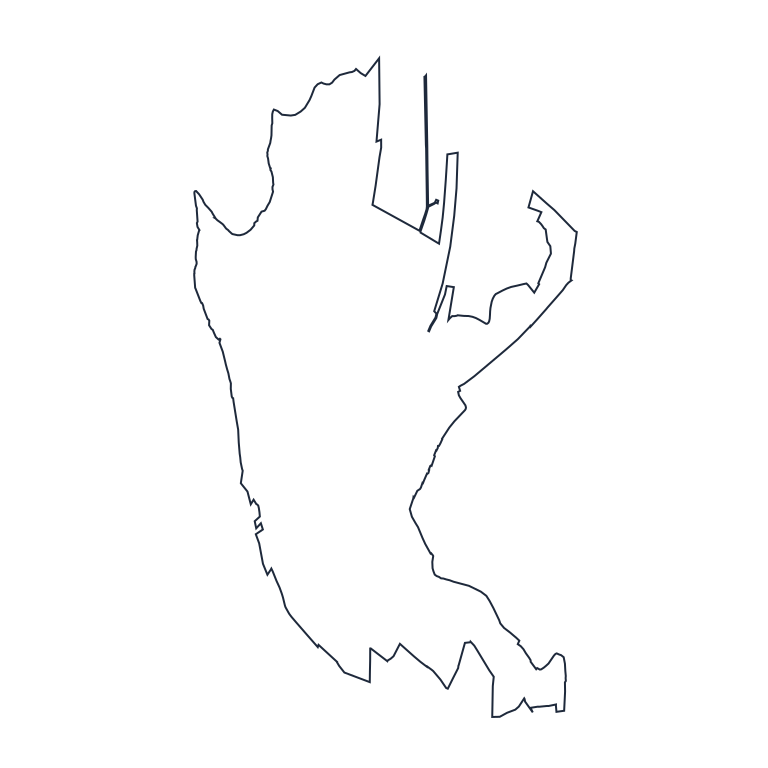 the district of Koknese, Kokneses, Latvia, rotated 94°
{"feature_id": "27541924B15582250394198", "entity_name": "Koknese", "entity_type": "district", "adm_level": 2, "iso_a3": "LVA", "parent_name": "Latvia", "parent_adm1": "Kokneses", "projection": "robinson", "projection_center": [25.431, 56.651], "detail": "fine", "context": "isolated", "style": "outline", "palette": "slate", "viewbox_px": 768, "rotation_deg": 94, "n_neighbors": 0, "source": "geoboundaries", "source_scale": "gbopen_adm2", "svg_char_len": 6134}
<svg xmlns="http://www.w3.org/2000/svg" viewBox="0 0 768 768"><g transform="rotate(94 384 384)"><path d="M635.0,279.7L638.7,275.7L643.4,272.3L662.3,259.0L668.4,254.1L677.7,254.4L708.6,252.8L707.9,245.3L703.4,238.3L699.7,230.3L696.4,227.0L687.8,222.2L688.4,221.8L691.0,221.1L701.2,212.7L696.8,215.2L695.1,207.8L695.2,207.1L693.8,198.8L693.7,197.2L691.7,190.1L692.7,190.1L699.0,189.1L697.4,181.5L678.2,181.9L669.0,182.7L667.5,181.9L664.7,182.3L662.6,182.3L657.6,183.1L650.4,184.0L644.0,185.7L642.1,188.5L641.7,190.2L640.7,192.9L641.3,194.1L643.0,195.5L651.4,200.4L653.9,202.8L655.9,204.9L657.7,207.3L658.0,208.6L656.7,211.4L657.9,212.3L650.9,218.3L649.3,218.5L646.9,220.2L642.7,223.7L638.8,226.4L636.0,229.3L634.2,232.4L630.6,231.1L627.9,234.4L625.5,237.7L623.2,240.8L619.0,247.2L614.7,251.3L611.6,252.6L599.8,259.3L593.1,263.5L588.2,267.1L584.4,272.9L579.4,285.2L576.4,300.8L575.2,304.8L574.6,308.3L573.9,311.2L573.9,313.5L572.6,315.7L571.9,318.1L570.6,320.1L567.4,321.6L564.4,322.7L558.1,323.4L552.2,322.9L551.5,323.3L549.5,325.2L549.9,325.7L540.7,331.7L535.0,334.8L524.4,340.1L520.8,342.7L517.5,344.9L514.5,346.9L507.0,349.6L496.1,346.8L494.7,346.7L495.3,346.1L488.2,343.3L486.2,340.7L484.6,339.9L479.9,338.7L480.2,338.2L477.6,337.4L470.5,334.9L470.7,334.6L469.7,333.5L466.7,332.9L466.5,333.4L461.9,331.9L461.6,332.1L462.3,330.8L452.5,328.2L451.6,329.0L446.5,327.4L446.7,327.0L444.1,325.9L443.6,325.9L442.0,325.8L441.9,324.8L439.3,323.6L435.0,322.0L434.6,322.3L426.7,317.9L422.9,315.8L416.3,311.2L404.3,301.3L403.0,300.7L401.6,300.6L399.6,301.3L392.8,306.7L390.1,308.5L386.7,309.5L385.5,307.6L381.6,309.1L380.3,307.4L378.3,304.1L370.0,294.5L341.1,264.7L329.9,253.6L316.5,242.4L316.1,242.2L316.7,241.9L309.6,236.3L298.0,227.4L296.3,226.2L285.7,218.1L277.9,212.2L272.6,209.1L270.1,207.1L267.6,204.2L267.3,205.0L265.6,205.1L256.7,204.6L238.4,203.6L235.6,203.6L230.7,203.0L218.9,202.3L218.0,204.5L198.6,226.2L192.4,234.5L181.3,248.8L197.8,252.2L200.4,242.8L201.6,239.0L211.0,242.4L211.4,240.8L213.6,238.4L215.5,236.8L217.4,235.4L218.6,233.5L228.2,231.5L230.9,230.9L234.9,227.7L241.4,226.7L242.4,226.6L246.9,228.5L251.7,230.5L256.2,231.4L272.8,237.1L273.6,236.2L282.4,240.5L275.2,247.2L273.8,248.9L274.6,251.8L276.5,257.8L278.3,263.9L280.2,268.2L282.5,272.3L285.5,277.1L286.5,278.8L288.3,280.1L291.2,281.4L294.4,282.3L300.7,283.1L304.1,283.2L307.7,283.1L311.6,283.1L314.2,283.5L315.6,284.1L316.7,285.3L316.8,286.4L313.4,293.2L311.8,296.9L310.8,300.4L310.3,304.3L310.5,309.4L310.3,315.4L310.8,316.1L311.4,318.5L311.5,320.7L313.8,322.9L315.6,324.2L282.5,321.1L281.9,328.3L290.4,329.4L310.4,335.8L314.5,336.4L323.3,341.0L328.3,342.7L327.9,343.5L322.7,341.7L314.0,337.2L310.1,336.6L307.9,339.0L279.7,332.5L242.3,327.5L211.4,325.7L183.8,325.3L148.1,326.6L150.0,334.5L150.5,336.8L161.0,336.7L176.2,336.6L199.0,336.7L207.1,336.9L214.0,337.1L226.9,337.9L240.2,338.9L230.4,358.1L229.1,358.2L223.2,356.6L218.1,355.2L217.6,355.1L217.2,355.0L211.3,353.6L205.7,352.4L205.1,352.4L204.7,352.3L204.2,352.0L203.8,351.6L200.9,346.7L199.4,344.8L200.1,343.1L197.3,342.7L196.6,344.8L199.2,345.8L200.0,346.6L202.6,351.5L202.2,352.5L167.4,355.5L143.9,357.4L73.2,363.6L74.1,364.2L74.7,365.1L142.4,358.9L146.2,358.4L193.8,354.4L204.0,353.6L206.7,353.7L211.5,354.8L217.3,356.4L226.6,358.8L228.6,359.4L206.1,408.0L203.6,407.7L186.8,406.2L158.0,404.3L148.4,403.3L140.5,403.9L142.7,408.4L105.2,407.9L59.4,411.6L78.0,424.0L75.5,428.9L71.7,433.9L73.7,435.3L75.0,437.7L75.5,440.1L78.9,449.8L83.8,454.7L87.0,456.8L88.9,459.4L89.1,462.2L88.5,465.3L87.6,467.5L89.6,471.1L93.1,473.9L101.9,476.6L106.0,478.1L114.0,482.2L118.0,486.1L121.7,491.3L122.7,495.7L122.5,504.5L119.1,509.1L117.9,513.0L120.0,513.9L122.6,514.3L126.3,514.1L131.7,513.6L133.9,514.1L143.8,513.6L146.7,513.8L149.0,514.1L151.5,514.3L158.1,516.2L159.4,516.1L161.3,516.6L163.2,516.2L164.7,516.3L167.1,515.4L172.0,514.4L176.6,512.6L176.8,512.0L178.3,512.3L179.9,511.1L185.4,509.3L191.2,508.6L192.7,508.2L195.2,509.0L197.6,508.8L199.9,508.1L210.5,510.7L214.2,512.6L217.9,514.1L219.5,515.2L220.6,518.2L226.6,521.5L230.0,521.6L230.9,523.0L232.6,524.6L234.9,524.5L239.5,527.9L242.8,531.7L244.4,534.4L245.6,538.0L245.8,540.3L245.0,545.7L244.4,546.6L242.1,549.5L241.4,550.1L240.0,552.3L236.6,555.2L235.7,556.2L233.7,559.3L232.3,561.6L230.5,563.7L230.1,564.5L229.9,564.0L225.9,566.9L224.2,567.9L220.7,571.4L217.7,574.8L214.8,576.8L212.8,577.7L207.6,581.7L204.6,584.9L204.8,585.9L205.7,586.5L206.8,586.5L219.3,584.0L221.8,582.9L223.6,582.9L235.0,581.3L236.5,581.9L240.3,581.0L243.4,578.8L244.0,579.2L248.7,580.2L253.2,580.4L253.4,580.6L255.2,580.3L259.0,579.9L262.2,580.4L263.5,580.4L265.0,580.8L270.5,580.7L272.5,580.5L275.2,579.5L277.2,579.3L279.6,580.0L280.2,580.3L281.5,580.4L283.3,581.0L285.3,581.0L286.9,580.8L287.1,581.0L288.8,580.9L301.2,579.1L302.1,578.6L314.0,573.0L316.0,571.8L316.0,571.1L318.3,569.9L321.5,569.1L331.5,564.5L331.9,563.5L333.0,562.7L337.6,562.6L341.2,559.9L341.9,558.6L344.8,557.2L348.9,555.0L351.2,552.1L350.3,550.9L350.8,550.3L354.4,551.0L363.0,547.1L372.7,544.0L375.4,543.2L380.3,541.5L384.2,540.0L389.8,538.5L392.4,537.4L394.0,536.8L399.6,536.5L407.2,535.0L408.5,534.2L408.7,533.5L412.3,532.8L431.6,528.3L439.7,526.3L452.6,524.8L463.6,523.1L467.3,522.3L472.1,521.5L478.5,519.7L480.4,518.9L490.4,519.7L493.0,519.9L500.8,512.7L513.3,508.5L508.5,506.0L512.7,503.0L513.0,502.2L514.0,501.0L516.5,500.2L520.6,499.3L524.9,498.6L529.9,503.4L536.9,501.4L531.5,497.1L537.6,494.7L542.8,501.4L551.7,497.4L571.8,492.2L582.4,487.0L577.1,484.0L576.0,483.5L578.8,481.9L587.9,477.5L594.3,474.0L599.9,471.5L601.9,470.7L604.3,469.8L610.9,467.7L612.1,467.3L613.5,466.7L614.6,466.0L618.6,463.4L620.3,462.2L622.8,460.0L628.0,454.9L639.2,443.7L651.1,431.7L648.8,431.1L664.5,411.4L664.8,411.5L668.3,409.1L674.6,403.4L682.4,377.4L671.6,378.0L661.3,378.5L648.8,379.3L648.7,378.8L660.3,361.3L659.6,361.1L657.6,358.2L654.9,355.5L642.1,350.0L647.3,343.3L653.7,335.0L658.6,328.3L663.2,321.3L662.8,321.2L665.7,316.6L666.9,314.9L674.9,307.1L681.4,302.0L682.9,300.8L683.5,299.1L672.6,294.6L662.2,290.2L659.8,290.1L659.4,289.9L636.6,285.2L635.6,279.8L635.0,279.7Z" fill="none" stroke="#1e293b" stroke-width="2"/></g></svg>